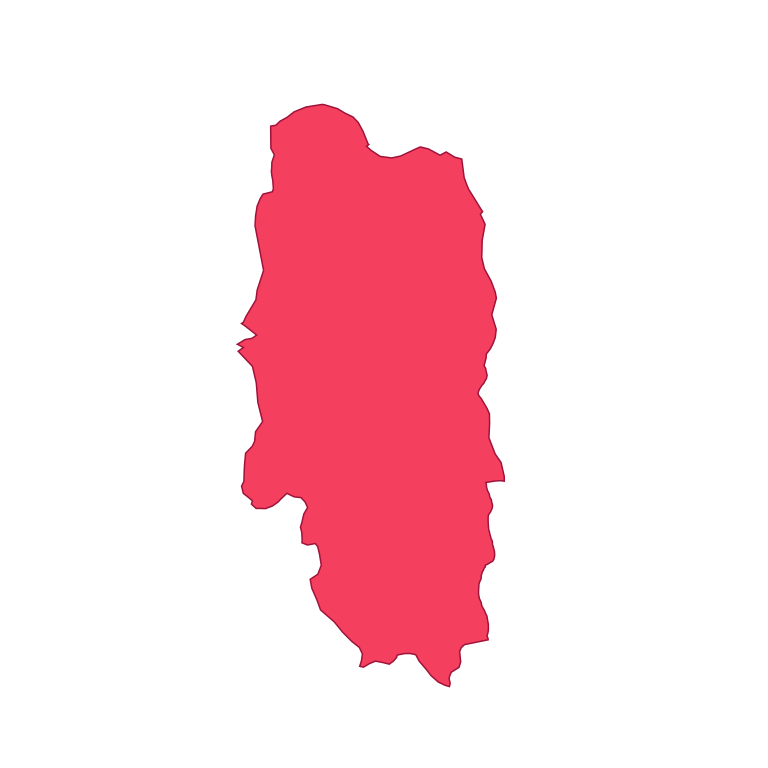 Tougue, Tougué, Guinea, rotated 137°
{"feature_id": "49546643B49131951551470", "entity_name": "Tougue", "entity_type": "district", "adm_level": 2, "iso_a3": "GIN", "parent_name": "Guinea", "parent_adm1": "Tougué", "projection": "natural_earth1", "projection_center": [-11.477, 11.51], "detail": "fine", "context": "isolated", "style": "filled", "palette": "rose", "viewbox_px": 768, "rotation_deg": 137, "n_neighbors": 0, "source": "geoboundaries", "source_scale": "gbopen_adm2", "svg_char_len": 3411}
<svg xmlns="http://www.w3.org/2000/svg" viewBox="0 0 768 768"><g transform="rotate(137 384 384)"><path d="M291.0,649.9L306.0,633.5L307.9,626.4L314.8,622.6L318.9,618.5L321.3,616.4L323.7,613.2L326.6,608.6L328.0,606.9L331.8,602.2L334.5,600.7L343.0,605.4L348.1,604.0L355.5,600.6L363.3,594.5L370.4,587.7L380.0,572.4L394.6,549.2L412.7,539.2L420.3,532.9L438.3,527.7L444.7,525.1L447.0,525.4L446.2,522.2L445.3,516.7L443.8,506.6L449.5,507.5L455.4,511.3L464.2,513.1L461.8,506.6L468.3,507.4L468.2,486.6L476.6,472.0L488.8,456.6L498.4,439.3L510.5,436.7L517.6,430.4L522.7,428.3L532.4,427.8L536.4,424.2L540.6,420.5L545.3,416.0L552.8,408.4L557.9,406.4L561.5,399.9L560.4,393.1L559.9,388.4L562.9,386.6L562.4,380.2L559.6,377.6L555.7,373.7L548.9,370.9L541.8,369.9L538.6,370.2L529.6,370.3L526.7,362.8L522.2,357.5L522.2,351.5L524.1,345.8L531.3,343.6L538.4,338.8L542.7,336.3L545.4,331.5L550.0,326.0L552.3,323.8L549.8,318.5L546.1,316.1L543.1,314.2L543.3,310.5L547.3,303.4L553.5,294.2L562.1,290.0L571.2,291.5L576.1,283.8L580.3,271.9L584.5,262.0L582.6,243.9L583.5,230.9L583.1,217.5L581.7,208.1L583.9,201.3L589.2,197.0L594.3,194.1L592.1,190.9L585.2,189.4L579.2,187.1L574.5,180.6L571.2,175.5L566.1,174.9L561.4,175.4L559.1,176.7L552.8,172.8L548.8,169.2L545.4,164.4L547.3,157.2L547.8,145.2L548.5,138.7L547.6,129.1L544.9,122.2L543.0,118.9L542.5,118.1L539.8,119.9L537.2,124.3L534.8,125.8L531.4,127.3L522.4,125.6L517.4,128.5L511.2,136.7L507.4,138.5L502.9,138.5L485.6,127.9L482.3,125.9L481.5,126.9L480.3,129.8L479.5,130.0L476.8,131.8L474.9,133.4L473.0,135.5L471.7,136.9L470.1,139.4L468.5,141.8L467.0,144.1L466.4,146.2L465.1,149.7L464.5,152.1L463.9,154.8L461.8,158.2L460.6,161.9L458.8,164.9L457.3,166.8L454.7,169.4L452.6,171.3L451.1,172.9L448.6,174.2L446.3,175.1L444.8,176.2L443.9,177.2L442.2,178.4L440.8,179.1L439.9,179.7L438.5,179.9L437.6,180.4L436.5,181.0L434.6,181.2L433.7,182.3L431.2,181.6L429.3,181.2L427.5,180.8L425.6,180.3L423.3,180.8L421.6,182.0L420.4,182.7L418.7,184.6L417.4,186.2L416.3,188.3L414.9,190.7L414.1,192.6L411.9,195.3L411.1,198.0L410.0,199.9L409.0,201.9L407.7,204.1L406.7,206.1L405.4,207.8L403.3,210.4L401.8,212.2L399.8,214.4L398.0,216.2L396.6,217.1L393.3,217.8L391.1,218.7L390.0,219.2L388.5,220.2L387.4,221.2L386.7,222.3L386.4,223.0L385.6,224.5L384.2,226.5L384.0,228.6L383.1,230.1L382.1,231.7L381.4,234.0L380.8,235.9L379.6,238.1L378.9,239.2L377.7,240.6L376.6,242.5L368.4,236.9L364.7,233.8L362.3,230.9L359.1,234.4L351.9,246.8L350.4,257.1L343.9,273.2L333.6,283.2L327.2,290.3L325.2,296.2L323.0,306.3L322.7,307.8L322.7,310.0L322.2,311.7L321.7,313.1L320.6,313.6L318.9,314.6L317.5,315.2L315.9,315.5L313.7,316.2L312.0,316.3L310.5,316.5L308.4,317.2L307.0,317.7L305.4,318.1L302.6,320.1L301.3,322.4L300.8,323.4L299.4,325.5L299.0,326.1L298.4,329.1L291.7,333.3L290.4,334.6L288.8,336.1L286.5,336.5L282.3,337.2L276.5,339.3L270.8,342.2L264.6,347.5L258.0,361.1L243.3,370.1L240.0,375.3L235.5,386.1L232.0,399.8L226.3,409.8L214.1,422.2L201.2,431.8L197.7,442.5L194.3,442.8L194.1,444.4L192.2,453.9L189.2,469.0L186.9,475.0L184.5,480.5L184.4,480.6L173.7,495.5L177.6,501.7L180.3,511.3L187.0,513.1L188.7,518.3L191.1,525.4L195.6,532.4L197.5,533.3L216.4,539.4L224.2,544.1L231.6,553.1L234.1,563.7L234.7,569.8L231.8,569.5L231.9,570.4L227.0,583.2L224.5,592.8L224.6,600.4L227.9,608.9L230.2,617.0L237.2,629.0L238.5,630.6L252.0,639.7L263.9,644.3L273.4,645.2L280.7,647.1L286.6,647.0L291.0,649.9Z" fill="#f43f5e" stroke="#9f1239" stroke-width="1.5"/></g></svg>